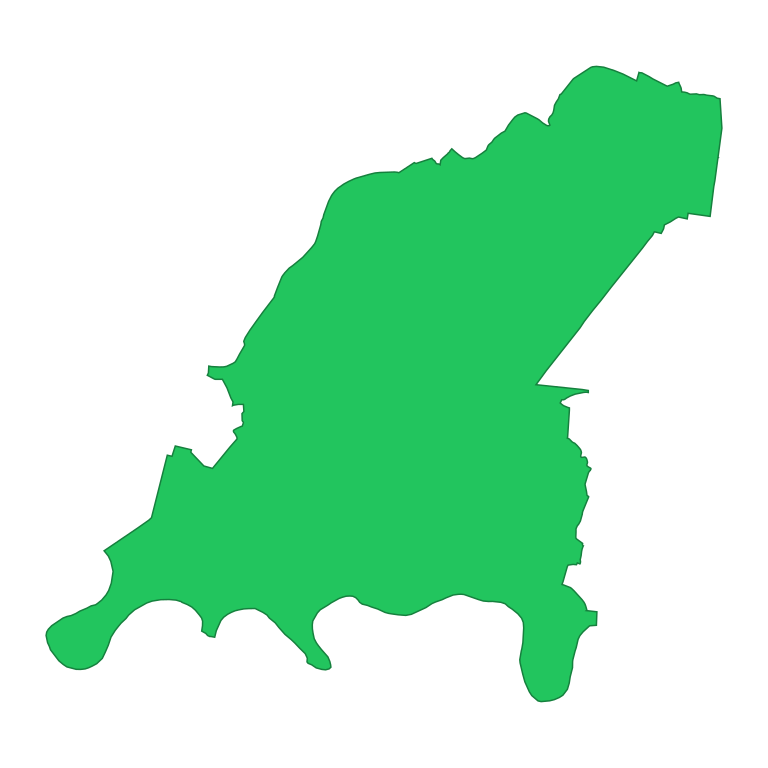 the district of APA, Satu Mare, Romania
{"feature_id": "2599482B68771602818343", "entity_name": "APA", "entity_type": "district", "adm_level": 2, "iso_a3": "ROU", "parent_name": "Romania", "parent_adm1": "Satu Mare", "projection": "albers", "projection_center": [23.208, 47.766], "detail": "fine", "context": "isolated", "style": "filled", "palette": "green", "viewbox_px": 768, "rotation_deg": 0, "n_neighbors": 0, "source": "geoboundaries", "source_scale": "gbopen_adm2", "svg_char_len": 6056}
<svg xmlns="http://www.w3.org/2000/svg" viewBox="0 0 768 768"><path d="M596.4,625.3L596.9,611.8L586.4,610.6L586.9,610.2L585.7,606.0L585.0,604.1L583.9,602.1L582.0,599.6L574.1,590.9L571.5,588.4L570.4,587.6L563.7,585.0L562.0,584.5L563.0,581.7L567.3,566.6L568.1,565.1L573.1,564.4L576.5,564.7L577.3,562.9L579.9,563.9L580.4,562.9L580.5,561.3L580.2,559.8L581.1,555.7L581.6,551.5L582.1,549.1L583.0,546.5L583.3,545.9L582.9,545.8L582.4,544.3L582.4,543.9L582.6,543.4L576.5,538.9L576.0,538.3L575.8,537.0L576.0,532.1L576.0,528.8L577.2,526.0L578.7,524.1L580.4,521.0L582.3,514.1L582.4,512.8L582.9,511.0L588.7,496.8L588.5,496.4L587.4,495.8L587.0,495.3L586.5,491.6L585.1,484.8L585.1,483.9L588.5,472.6L589.5,471.1L590.2,470.5L590.9,469.1L590.9,468.5L590.5,468.1L588.3,466.9L586.9,465.7L586.9,464.5L587.4,463.0L587.5,462.1L586.8,459.3L586.4,458.5L585.8,457.6L584.9,457.0L582.0,457.4L581.3,457.2L580.9,456.9L580.7,456.3L580.8,455.3L581.4,452.9L581.4,452.2L580.9,450.5L580.5,449.6L579.6,448.4L577.1,445.5L574.7,443.2L573.2,442.6L572.0,441.8L569.7,439.4L568.8,438.7L567.3,438.2L567.6,437.1L567.7,435.7L569.4,410.1L569.4,407.9L567.7,407.4L563.6,405.7L562.0,404.5L560.2,403.0L561.8,399.7L563.2,399.8L564.7,399.4L566.6,398.0L570.3,396.0L575.3,394.1L583.8,392.4L586.2,392.2L588.3,392.5L588.3,390.5L582.1,389.5L536.0,384.7L546.4,370.5L580.0,327.9L584.3,321.4L592.6,310.6L601.2,300.1L611.1,287.3L642.4,248.2L647.5,241.4L652.4,235.5L654.3,231.9L654.8,231.9L661.2,233.4L662.7,230.6L663.6,228.8L664.4,224.9L670.3,221.9L675.7,218.4L678.5,217.0L687.2,218.9L688.1,213.3L710.1,216.4L713.8,186.5L714.9,180.5L717.9,158.0L718.3,157.7L718.0,157.5L721.9,128.2L720.0,98.7L717.2,98.2L714.2,96.3L712.9,95.9L706.8,95.2L703.9,94.5L699.4,94.7L696.5,93.9L690.2,94.2L689.5,94.0L687.1,92.8L684.7,92.2L681.7,91.9L681.1,88.1L680.7,87.0L678.9,83.1L678.7,82.3L675.7,82.9L673.2,84.2L667.2,86.2L653.0,79.0L649.1,76.6L642.0,72.9L640.4,72.7L639.7,72.8L639.0,72.4L636.6,80.9L623.1,74.1L614.6,70.7L603.8,67.2L596.5,66.4L592.5,66.8L590.8,67.4L573.9,78.4L573.1,79.1L561.2,94.1L560.4,94.3L559.9,94.7L558.4,98.8L556.3,101.9L554.5,105.3L553.8,110.0L553.1,112.7L551.8,115.0L550.0,116.7L548.8,118.9L548.5,120.3L548.5,121.4L549.7,124.5L549.9,125.2L549.6,125.5L548.6,125.7L547.5,125.7L546.6,125.4L542.6,122.9L539.0,119.8L537.2,118.7L526.4,113.1L524.9,112.8L517.8,115.0L514.8,117.1L512.7,119.6L508.5,125.1L505.6,130.1L504.9,131.2L501.3,133.1L494.7,138.2L493.7,139.4L492.2,141.7L491.6,142.4L489.4,144.2L488.5,145.1L487.8,146.3L486.4,149.9L486.1,150.2L482.3,153.1L475.5,157.6L473.8,158.4L472.4,158.7L469.5,158.1L464.9,158.6L463.7,158.2L462.4,157.5L458.5,154.6L455.2,151.9L451.8,148.8L450.1,150.7L449.6,151.8L448.7,152.7L448.2,153.0L447.6,153.9L443.2,157.7L440.8,160.2L440.1,164.8L438.9,164.0L437.2,163.9L436.3,163.6L434.8,161.1L432.5,159.3L431.9,158.3L416.3,163.4L415.3,163.2L414.3,162.6L398.9,172.7L397.4,172.3L394.6,172.0L379.9,172.5L374.9,173.0L369.5,174.3L356.2,178.1L354.1,178.9L348.7,181.4L343.9,184.0L337.9,188.2L334.8,191.2L332.8,193.8L331.6,195.5L328.6,201.4L323.8,214.6L323.0,218.1L321.3,221.3L320.8,224.6L320.3,226.5L317.6,236.0L315.8,241.3L314.7,243.7L311.6,247.6L302.8,257.3L292.7,265.6L289.2,268.1L284.9,272.7L282.6,275.7L281.8,277.0L277.6,287.4L274.3,296.2L274.5,296.9L262.6,312.5L255.8,321.9L249.9,330.2L245.3,337.5L243.8,341.2L243.8,341.6L244.4,343.4L244.6,344.9L244.5,345.6L239.5,354.2L237.1,358.8L235.3,361.8L233.3,363.2L226.7,366.3L223.8,366.9L219.8,367.0L211.6,366.6L208.8,366.1L208.4,373.0L207.3,375.3L214.5,379.1L215.4,379.3L222.4,379.3L227.0,387.9L230.9,398.0L232.9,401.7L233.0,402.0L232.5,405.7L233.5,405.2L238.3,404.4L243.4,404.4L243.9,411.5L242.0,413.6L242.2,420.7L243.3,422.2L243.4,422.8L242.2,426.2L241.0,426.5L236.6,428.5L233.8,430.1L233.5,430.5L233.5,431.6L233.8,432.2L234.9,433.5L235.9,435.2L236.9,437.3L237.0,437.8L237.0,439.0L229.9,447.1L212.5,468.4L203.9,466.0L190.8,452.3L191.4,449.8L175.3,446.0L172.0,456.3L167.3,455.2L151.5,517.7L148.8,520.2L137.7,528.0L104.1,550.8L108.3,556.0L110.8,561.3L113.1,571.4L111.3,583.2L108.7,590.5L106.1,594.9L101.7,600.1L97.6,603.4L95.6,604.8L91.1,605.9L86.8,608.2L79.9,611.1L75.9,613.5L71.1,615.6L67.0,616.5L62.9,618.1L51.7,625.7L48.3,629.3L46.7,632.1L46.1,635.5L47.6,642.7L49.3,646.3L50.5,649.8L58.9,660.8L63.3,664.5L66.9,666.9L76.1,669.3L80.6,669.4L85.1,668.9L88.5,667.8L92.0,666.2L96.7,663.7L102.3,658.4L105.4,651.9L108.3,645.2L111.0,637.1L115.2,630.4L118.6,626.1L121.1,623.1L126.0,618.5L128.6,615.1L134.6,609.8L146.7,603.0L152.1,601.1L160.6,599.7L169.1,599.5L176.1,600.1L181.4,601.7L181.9,602.3L187.3,604.5L191.8,607.0L195.4,610.2L199.3,614.9L201.6,618.0L202.6,621.2L202.5,625.7L201.7,631.1L205.8,633.4L207.6,635.5L209.7,636.5L210.9,636.5L214.7,637.2L216.3,630.7L220.9,620.5L223.7,617.2L227.6,614.3L231.2,612.4L235.0,610.8L238.6,609.9L243.8,608.9L248.6,608.6L255.1,608.5L262.8,612.3L267.0,615.0L269.4,618.1L275.2,622.8L278.9,627.5L285.0,634.4L291.1,639.5L294.8,643.0L299.7,648.2L305.2,653.6L307.3,658.1L307.0,661.9L308.1,663.3L311.7,664.8L316.2,667.9L321.8,669.4L325.6,669.8L329.1,668.9L330.9,667.2L330.6,664.7L329.8,661.4L327.9,656.9L321.4,649.5L318.3,645.6L316.4,642.9L314.2,638.7L313.0,633.0L312.4,628.9L312.3,624.8L312.8,620.9L317.3,613.0L320.3,609.7L327.9,605.1L331.4,602.7L339.0,598.5L342.2,597.3L346.1,596.2L349.9,596.0L352.7,596.2L355.7,597.6L358.0,599.9L359.7,602.3L362.2,604.1L367.5,605.4L371.5,607.0L377.7,609.0L385.0,612.4L388.7,613.4L391.8,613.9L398.2,614.8L405.8,615.4L411.4,614.3L425.9,607.6L431.9,603.6L435.5,602.0L442.1,599.7L446.1,597.8L453.2,595.0L458.4,594.3L461.1,594.2L463.1,594.4L464.0,594.5L478.6,599.6L483.3,601.0L488.7,601.5L492.5,601.4L500.9,602.3L505.3,603.8L508.3,606.6L512.4,609.3L517.9,613.8L521.6,618.2L523.3,622.4L523.7,627.9L522.9,642.5L521.8,649.0L521.3,650.8L519.8,659.7L520.1,662.9L522.8,674.3L524.9,681.9L529.3,691.7L531.8,695.6L538.0,700.9L541.1,701.6L549.7,700.8L554.4,699.6L559.3,697.5L562.9,695.2L567.4,689.3L569.2,683.2L570.2,676.8L572.5,667.7L572.6,661.7L572.8,659.9L575.1,650.9L576.2,647.6L578.1,639.3L579.9,635.6L583.1,631.8L589.6,625.8L596.4,625.3Z" fill="#22c55e" stroke="#15803d" stroke-width="1.5"/></svg>